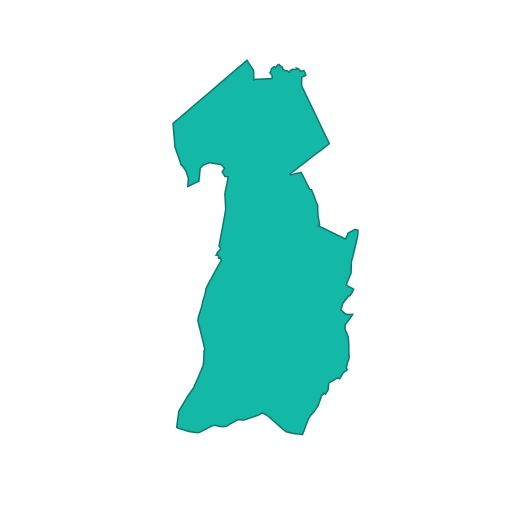 Briežuciema pag., Baltinavas, Latvia (Natural Earth projection), rotated 114°
{"feature_id": "27541924B17753887700390", "entity_name": "Briežuciema pag.", "entity_type": "district", "adm_level": 2, "iso_a3": "LVA", "parent_name": "Latvia", "parent_adm1": "Baltinavas", "projection": "natural_earth1", "projection_center": [27.554, 56.968], "detail": "fine", "context": "isolated", "style": "filled", "palette": "teal", "viewbox_px": 512, "rotation_deg": 114, "n_neighbors": 0, "source": "geoboundaries", "source_scale": "gbopen_adm2", "svg_char_len": 5766}
<svg xmlns="http://www.w3.org/2000/svg" viewBox="0 0 512 512"><g transform="rotate(114 256 256)"><path d="M397.5,179.4L398.3,176.9L400.3,170.5L400.3,170.4L400.7,169.4L402.2,164.6L403.5,160.4L404.3,156.7L403.5,152.5L403.3,151.7L402.8,149.0L401.2,144.3L400.2,140.9L395.7,141.1L392.4,141.3L389.7,141.5L383.1,141.9L378.5,141.0L378.3,140.9L378.0,140.8L377.7,140.7L374.8,139.7L367.2,138.4L362.3,138.8L361.0,138.8L360.2,138.9L357.9,139.3L356.5,139.4L356.3,139.0L356.0,138.8L355.7,138.6L354.9,138.3L354.6,138.3L353.9,138.3L353.6,138.3L354.1,136.3L353.8,136.3L349.5,135.8L349.5,135.7L349.2,135.7L348.8,135.7L348.3,135.8L347.7,136.1L345.0,137.0L342.5,137.9L342.3,137.8L340.5,136.4L334.4,132.1L334.2,129.6L327.1,128.8L322.8,126.3L322.4,126.8L322.2,127.1L322.2,127.4L322.1,127.5L321.8,127.7L321.6,127.8L321.2,128.0L320.7,128.1L320.2,128.3L319.7,128.3L319.1,128.3L318.9,128.4L318.5,128.7L315.3,129.2L313.6,129.1L310.9,129.6L303.5,133.3L301.9,134.0L299.3,135.1L295.3,137.2L292.3,139.0L290.5,140.9L289.2,142.1L288.1,143.4L288.0,143.5L286.4,145.0L282.6,146.5L282.4,146.5L281.8,146.4L275.8,144.9L270.8,144.0L270.0,143.9L271.2,146.5L272.3,148.9L272.5,150.0L272.3,151.8L271.5,154.2L270.7,156.6L266.9,157.0L266.5,157.1L263.9,157.4L255.0,155.2L254.5,154.9L254.4,154.2L251.1,153.5L246.6,153.3L246.4,155.5L246.3,158.2L245.9,160.6L245.3,161.9L239.2,162.1L233.9,162.2L232.8,162.2L228.7,163.9L224.7,165.6L221.0,166.8L218.6,167.1L216.0,167.5L213.4,168.0L209.4,168.7L205.7,169.4L202.0,170.1L199.3,170.7L196.5,171.2L196.4,171.3L193.7,172.2L191.0,173.2L191.5,176.5L194.6,178.8L197.6,181.2L199.5,181.0L204.2,181.3L203.9,185.5L203.8,190.5L203.5,198.4L203.2,204.2L203.2,211.4L201.3,210.7L197.7,213.2L194.1,215.7L193.4,216.1L191.1,217.2L189.2,218.1L185.1,220.0L183.2,221.9L181.4,223.8L179.8,225.3L178.1,226.8L175.5,229.5L172.9,232.3L173.3,234.0L171.4,236.3L169.9,238.2L168.3,240.1L166.0,242.9L163.6,245.7L162.5,247.3L161.3,249.0L162.8,250.9L164.3,252.7L167.8,257.4L167.0,258.2L166.9,258.3L160.0,254.4L158.0,253.4L154.5,251.5L151.1,249.6L145.8,246.8L140.6,244.0L137.7,242.5L134.5,240.5L129.0,237.6L123.5,234.7L121.7,236.8L119.9,239.0L116.4,243.1L112.9,247.2L109.4,251.3L105.9,255.4L102.4,259.5L98.9,263.6L95.4,267.7L91.9,271.8L90.6,273.4L89.2,275.0L86.9,277.7L84.4,280.7L81.9,283.6L79.6,284.6L77.2,285.6L74.0,287.0L70.7,283.9L69.3,285.2L67.1,287.7L68.4,289.5L69.1,290.8L67.7,293.1L67.9,295.6L68.8,294.8L69.6,295.9L70.6,298.6L72.3,300.0L74.7,300.3L74.0,303.1L74.9,304.9L74.7,305.6L74.7,306.7L74.8,307.1L72.8,308.6L72.5,310.6L71.7,313.1L72.2,313.7L72.3,313.8L73.7,314.1L74.9,314.5L75.9,314.8L76.0,314.8L76.2,315.0L75.7,316.5L75.8,316.6L76.3,316.9L78.6,318.1L78.8,318.1L79.8,317.7L80.7,317.6L82.7,317.8L83.0,317.8L83.1,317.7L84.0,315.7L84.2,315.2L84.3,315.1L85.3,314.4L86.9,313.6L87.3,313.5L88.5,315.6L89.7,318.1L90.8,320.3L91.9,322.4L92.8,324.2L93.9,326.5L95.5,329.5L95.9,329.7L91.6,331.7L87.4,333.7L84.8,337.8L82.2,341.9L80.8,343.9L89.1,347.8L98.6,352.4L108.3,357.0L113.3,359.4L118.3,361.7L121.2,363.1L124.0,364.4L129.6,367.1L135.2,369.8L140.4,372.3L145.6,374.8L151.0,377.3L156.3,379.8L164.2,383.6L168.5,385.7L169.0,385.5L173.3,383.2L176.4,381.5L179.2,380.0L179.6,379.7L184.0,377.3L188.4,375.0L189.0,374.6L189.5,374.3L189.9,373.9L194.9,369.2L200.1,364.2L200.5,363.9L201.2,363.4L203.2,361.6L203.5,361.3L203.5,361.2L203.4,360.5L203.3,360.3L203.5,360.2L206.4,355.3L206.3,355.2L208.9,352.8L210.0,351.7L211.2,350.6L212.3,349.6L212.6,349.4L212.8,349.3L213.4,349.1L213.8,348.9L216.2,348.1L218.6,347.2L220.3,346.6L220.2,346.5L220.1,346.3L217.8,344.4L215.5,342.5L213.2,340.6L211.0,338.7L210.9,338.6L208.6,339.3L204.5,340.6L204.4,340.7L201.5,341.7L198.5,342.7L194.6,341.3L192.2,339.0L189.9,336.7L189.1,334.2L188.7,332.6L188.4,331.6L187.5,328.2L186.7,324.8L187.6,322.6L188.6,320.4L192.8,321.2L193.9,319.6L196.0,316.7L194.9,313.6L195.4,313.4L196.0,313.3L198.9,312.7L207.1,310.8L209.6,310.3L211.7,309.8L218.8,306.2L223.5,303.8L224.4,303.4L225.7,302.7L228.6,301.9L231.9,301.1L233.9,300.6L238.4,299.5L243.1,298.4L245.0,297.9L248.0,297.2L251.0,296.5L253.8,295.8L256.7,295.1L260.8,294.1L262.2,293.7L262.4,293.6L262.6,292.8L262.8,291.9L263.3,291.5L264.1,291.4L264.4,291.4L264.7,291.4L265.2,291.6L267.0,292.1L268.5,292.8L268.9,292.7L269.7,292.6L270.8,292.5L271.4,292.7L271.0,291.7L270.9,291.5L270.8,291.1L270.8,290.8L271.2,290.4L273.2,289.3L273.3,289.0L272.1,287.8L272.2,287.7L274.2,285.9L280.3,286.6L285.6,287.0L288.3,287.2L298.9,288.1L303.0,288.3L305.6,288.4L306.2,288.4L310.5,287.3L315.7,286.5L317.2,286.4L319.8,286.0L320.6,285.9L323.4,285.2L327.9,284.6L333.8,284.1L338.8,282.8L339.9,281.9L340.2,281.7L340.5,281.4L343.1,279.5L345.7,277.4L351.9,272.6L356.3,269.1L357.9,267.9L358.0,267.9L361.6,265.1L361.8,265.1L362.0,265.0L363.2,264.8L363.4,264.8L364.2,264.8L364.5,264.7L367.9,263.1L375.6,260.3L376.0,260.3L377.8,259.7L384.5,259.5L400.5,259.4L401.3,259.4L405.1,260.0L407.0,260.4L410.6,261.2L412.0,261.4L413.7,261.6L421.2,262.5L426.3,263.1L429.0,263.4L438.8,260.6L444.6,258.8L444.9,258.8L444.9,256.6L444.8,255.5L444.6,254.5L444.4,252.6L444.1,249.9L443.9,248.1L443.5,245.4L443.3,244.4L442.8,243.0L442.3,241.0L441.8,239.4L441.4,238.3L441.2,237.6L440.8,236.9L440.3,236.3L439.8,235.7L439.2,235.2L436.6,233.1L435.6,232.3L434.5,231.4L433.4,230.5L431.7,229.1L430.8,228.4L429.9,227.7L429.1,227.0L428.6,226.5L428.1,225.7L427.8,225.3L427.5,224.7L427.2,223.7L427.0,222.8L426.8,221.7L426.7,221.0L426.5,220.1L426.4,219.5L426.0,218.5L425.8,217.9L425.3,216.7L424.9,215.9L424.2,214.8L423.9,214.5L423.2,213.6L422.5,212.9L422.4,212.7L422.1,212.7L421.2,212.3L414.3,207.0L414.0,206.7L412.8,205.9L411.0,200.9L410.8,200.3L410.2,199.6L408.9,198.3L405.8,194.9L404.1,193.1L402.2,191.0L401.3,190.0L400.4,189.2L399.3,188.2L398.3,187.5L396.8,186.4L397.0,186.3L396.8,183.3L397.5,179.4Z" fill="#14b8a6" stroke="#0f766e" stroke-width="1.5"/></g></svg>